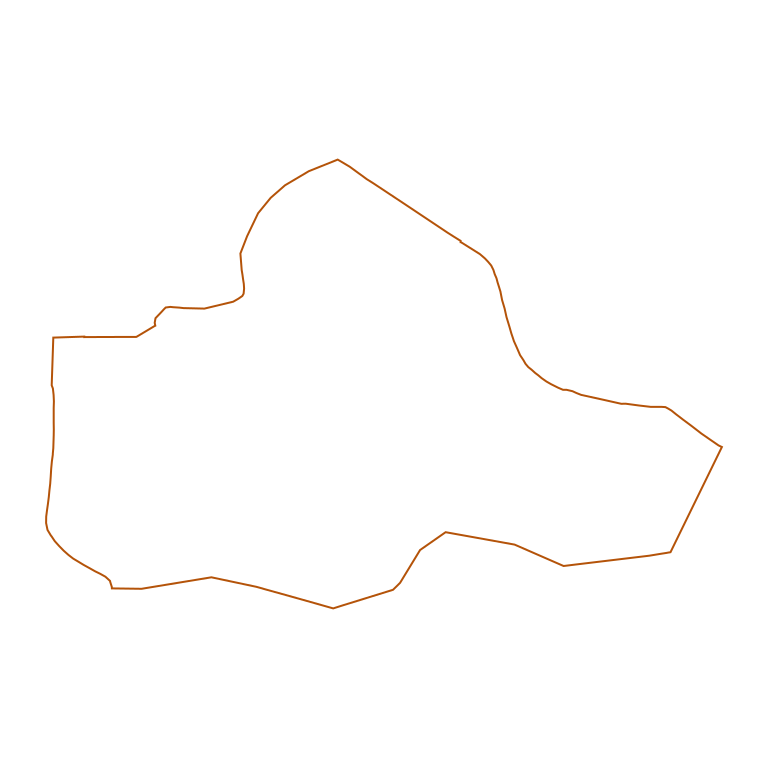 outline of Al Humaydat, Al Jawf, Yemen
{"feature_id": "15242507B46663253000628", "entity_name": "Al Humaydat", "entity_type": "district", "adm_level": 2, "iso_a3": "YEM", "parent_name": "Yemen", "parent_adm1": "Al Jawf", "projection": "natural_earth1", "projection_center": [44.413, 16.467], "detail": "fine", "context": "isolated", "style": "outline", "palette": "amber", "viewbox_px": 768, "rotation_deg": 0, "n_neighbors": 0, "source": "geoboundaries", "source_scale": "gbopen_adm2", "svg_char_len": 2197}
<svg xmlns="http://www.w3.org/2000/svg" viewBox="0 0 768 768"><path d="M721.9,447.0L721.5,446.8L721.2,446.7L718.5,445.4L710.1,439.6L701.3,433.5L691.6,426.0L683.4,419.9L676.2,414.4L671.5,410.6L668.2,408.6L665.4,407.1L662.1,406.9L651.0,406.9L639.0,405.5L625.6,403.7L621.3,403.8L603.5,399.8L581.2,394.9L576.4,393.0L572.5,391.2L566.5,389.8L563.0,389.8L558.1,387.7L551.1,384.2L546.4,381.5L541.7,378.2L538.4,375.4L535.1,372.9L531.8,369.9L528.3,367.1L525.5,363.8L523.4,360.1L520.1,355.2L517.0,348.0L513.9,341.1L512.9,338.0L511.4,333.6L509.4,326.6L506.5,317.1L504.6,308.5L502.1,300.1L500.6,292.5L500.5,291.8L499.0,286.9L497.6,282.5L496.5,278.3L494.7,274.1L493.4,269.9L491.2,265.5L488.1,261.8L485.0,258.5L479.9,254.1L460.8,242.1L460.6,242.1L460.6,240.8L459.5,240.2L453.9,236.7L447.6,232.7L409.4,207.2L373.5,183.4L366.8,179.2L349.7,166.7L337.7,159.6L308.8,171.2L285.0,185.3L270.7,197.8L258.1,213.2L247.1,236.2L240.4,253.5L241.7,270.1L242.2,273.1L242.5,275.0L243.0,278.7L243.8,283.9L244.1,288.6L243.6,293.7L242.3,296.0L238.4,298.7L235.1,300.6L233.2,301.7L204.4,308.6L192.1,308.3L183.6,308.1L179.2,307.6L173.1,307.2L170.3,306.9L165.8,307.5L165.7,307.5L163.8,309.4L161.8,311.6L155.5,318.2L154.7,322.8L155.3,325.7L154.1,326.3L136.9,336.6L136.4,336.9L103.7,337.0L103.1,337.0L102.5,337.0L84.3,337.1L84.3,336.6L53.3,337.6L51.7,385.3L52.9,388.5L53.6,394.9L53.9,401.4L53.7,408.0L53.7,412.6L53.7,415.5L53.7,422.7L53.8,429.3L53.7,435.7L53.5,442.0L53.3,448.2L52.8,453.8L52.8,454.7L51.9,461.2L51.2,468.6L50.7,476.9L50.2,483.8L49.4,490.7L48.8,497.0L47.9,504.1L47.0,510.4L46.2,516.6L46.1,523.1L46.2,523.5L47.5,529.9L50.8,535.4L51.0,535.7L51.4,536.1L54.8,541.2L59.4,546.3L63.7,550.7L68.3,554.8L68.8,555.2L73.2,558.6L78.7,561.9L83.8,565.0L89.8,568.3L95.1,571.3L100.2,573.8L105.4,576.7L110.0,580.9L110.3,582.2L111.8,586.9L111.9,588.4L127.1,588.6L141.6,588.8L146.4,588.0L211.4,577.3L256.3,586.8L262.9,588.6L263.0,588.7L296.4,598.0L333.2,608.4L343.3,605.2L393.0,589.8L396.5,586.4L400.1,582.8L420.1,550.0L445.6,532.2L477.4,537.9L514.6,544.6L548.7,559.5L563.6,566.0L577.5,564.3L649.3,555.7L660.2,553.9L666.6,552.9L668.6,552.5L669.6,552.4L670.5,552.2L670.9,551.4L721.9,447.0Z" fill="none" stroke="#b45309" stroke-width="2"/></svg>